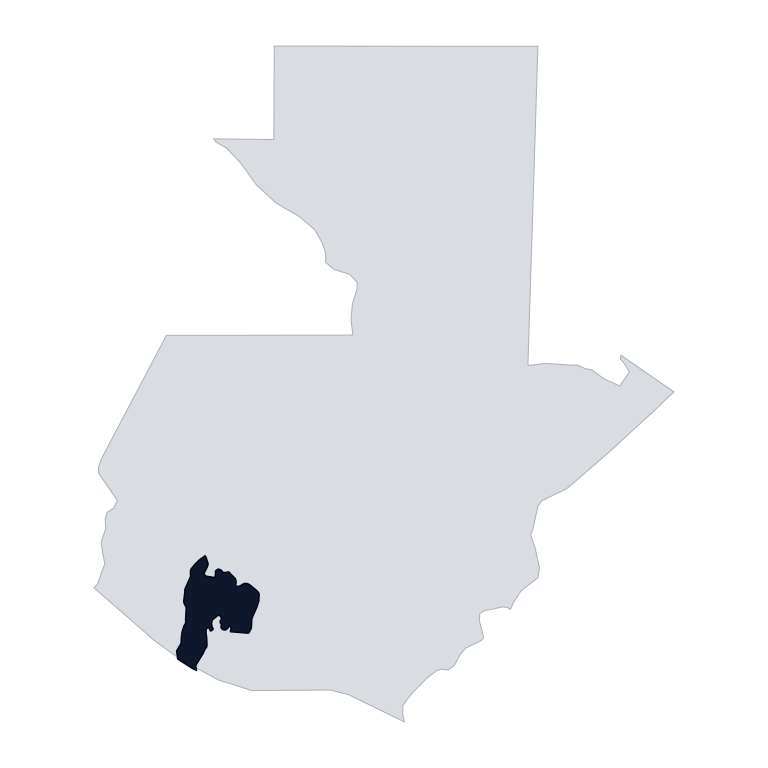 where Suchitepéquez sits in Guatemala
{"feature_id": "GTM-1952", "entity_name": "Suchitepéquez", "entity_type": "Department", "adm_level": 1, "iso_a3": "GTM", "parent_name": "Guatemala", "parent_adm1": "", "projection": "robinson", "projection_center": [-91.398, 14.394], "detail": "fine", "context": "in_parent", "style": "filled", "palette": "ink", "viewbox_px": 768, "rotation_deg": 0, "n_neighbors": 0, "source": "natural_earth", "source_scale": "10m", "svg_char_len": 3589}
<svg xmlns="http://www.w3.org/2000/svg" viewBox="0 0 768 768"><path d="M94.0,587.9L97.8,583.7L101.0,573.9L104.9,563.8L102.5,552.2L101.1,542.7L105.6,529.0L105.2,518.7L107.2,512.3L113.8,508.2L117.3,500.3L98.6,473.2L98.6,467.1L101.1,459.5L116.3,430.5L134.4,396.1L154.4,358.2L166.4,335.3L210.1,335.3L239.1,335.3L275.9,335.2L315.8,335.2L342.0,335.2L352.9,334.9L351.0,320.1L352.4,303.7L357.2,288.8L357.1,282.2L349.3,274.2L334.2,269.5L325.7,262.4L325.7,253.4L322.0,242.5L314.6,229.7L299.4,216.6L276.3,203.2L256.7,185.3L240.4,162.7L226.7,148.2L216.2,142.2L213.7,138.9L244.6,139.2L273.8,139.5L274.0,107.2L274.1,78.5L274.3,46.1L327.3,46.1L390.5,46.2L456.1,46.3L507.6,46.3L537.9,46.3L536.6,86.5L535.2,133.1L534.1,167.3L532.7,213.0L531.2,259.6L529.2,323.3L527.9,364.5L528.6,365.4L545.8,363.4L571.3,365.2L577.6,365.1L585.4,368.7L591.4,369.7L604.4,379.0L619.7,386.0L629.4,371.9L624.2,363.4L620.4,359.0L620.9,355.2L674.0,391.9L667.8,397.5L654.4,410.6L630.0,432.9L608.2,452.9L587.2,471.0L568.3,487.4L566.1,489.0L542.0,500.6L538.0,506.0L532.9,529.1L530.6,534.8L535.0,547.6L539.4,567.4L538.0,577.7L521.4,590.5L513.7,602.0L510.4,609.4L507.4,607.4L502.2,606.9L490.3,609.7L484.6,610.4L479.8,613.7L479.3,620.8L482.5,632.3L483.7,638.3L480.3,641.1L465.7,648.0L459.9,654.9L454.4,665.5L448.0,670.0L441.3,669.2L436.5,670.7L426.4,678.7L411.1,694.2L402.9,705.6L402.8,714.2L404.3,721.9L348.6,694.7L330.1,690.0L251.9,690.6L218.3,679.9L180.1,659.2L154.3,640.5L94.0,587.9Z" fill="#d9dde1" stroke="#a8b0b8" stroke-width="1"/><path d="M193.0,668.8L180.7,661.0L177.6,658.8L177.5,657.5L176.6,650.9L180.7,644.0L180.9,643.7L181.1,642.6L181.4,637.2L182.0,632.3L183.8,626.1L185.5,623.4L185.6,622.7L185.7,621.6L185.6,619.4L186.2,608.6L186.2,607.4L184.3,603.7L184.0,602.9L183.8,602.0L183.7,601.1L184.9,591.3L184.8,590.9L184.8,590.3L184.9,589.3L190.6,576.3L190.5,574.7L190.4,572.6L190.5,570.7L190.6,570.2L191.0,569.2L191.4,568.6L194.7,564.5L199.0,560.2L205.0,555.8L205.7,556.7L206.1,557.5L207.9,562.8L208.0,563.7L208.1,564.3L207.4,566.6L203.9,573.9L206.1,576.2L212.7,577.2L214.6,577.8L215.3,575.5L215.5,574.3L215.4,572.2L215.4,571.7L215.5,571.2L215.8,570.8L216.2,570.3L216.9,569.8L217.4,569.5L218.3,569.1L219.4,569.3L221.5,570.4L223.2,572.6L223.3,572.7L226.6,572.3L228.2,571.9L228.7,572.0L229.2,572.2L230.7,574.0L234.9,578.1L235.5,579.0L235.8,579.7L236.0,581.1L236.1,582.6L236.0,583.1L235.7,585.0L235.7,585.5L235.8,585.9L236.2,586.3L236.6,586.5L239.9,586.0L243.9,583.6L245.2,583.5L246.7,583.5L247.5,583.7L248.9,584.3L250.8,585.6L256.5,590.4L257.5,591.4L258.4,592.5L258.9,593.3L259.2,594.9L258.9,598.6L258.9,600.8L256.9,607.0L252.8,616.3L251.8,619.2L251.4,627.1L251.3,628.0L251.1,628.7L250.4,629.8L249.1,632.6L248.2,633.2L231.3,631.8L230.4,631.6L231.1,627.6L229.6,625.9L226.9,629.1L225.7,629.9L224.3,630.0L223.3,629.8L222.8,629.5L222.1,629.0L221.4,628.4L221.1,627.9L221.0,627.4L221.0,626.9L221.0,626.4L221.3,625.0L221.3,624.5L221.1,624.0L220.4,622.9L220.2,622.5L220.1,622.1L220.1,621.6L220.2,621.2L220.3,620.8L221.4,619.1L221.4,618.4L221.1,617.6L220.2,616.0L219.5,615.5L219.0,615.2L217.8,615.6L217.1,616.0L213.0,619.4L212.5,620.0L212.3,620.3L212.0,621.1L211.7,622.5L211.6,623.5L211.7,624.6L212.0,626.0L212.2,626.9L212.9,628.3L213.1,628.7L213.1,629.2L212.8,629.6L212.3,630.1L211.3,630.8L210.7,630.9L210.3,630.8L210.1,630.5L209.8,629.2L209.2,628.4L208.1,627.5L206.6,628.5L206.4,629.1L206.1,630.2L206.0,632.2L206.1,633.6L206.7,637.5L207.0,644.1L206.8,646.8L205.9,648.1L205.2,649.0L204.5,650.2L203.3,653.1L196.2,664.7L195.9,665.6L195.8,666.4L196.3,668.9L196.4,670.3L193.0,668.8Z" fill="#0f172a" stroke="#020617" stroke-width="1.5"/></svg>